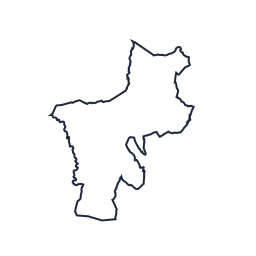 Molcaxac, Puebla, Mexico (Mercator projection), rotated 60°
{"feature_id": "50627088B79768269468288", "entity_name": "Molcaxac", "entity_type": "district", "adm_level": 2, "iso_a3": "MEX", "parent_name": "Mexico", "parent_adm1": "Puebla", "projection": "mercator", "projection_center": [-97.869, 18.674], "detail": "fine", "context": "isolated", "style": "outline", "palette": "slate", "viewbox_px": 256, "rotation_deg": 60, "n_neighbors": 0, "source": "geoboundaries", "source_scale": "gbopen_adm2", "svg_char_len": 5796}
<svg xmlns="http://www.w3.org/2000/svg" viewBox="0 0 256 256"><g transform="rotate(60 128 128)"><path d="M200.8,184.4L199.1,183.8L198.9,183.4L197.0,181.6L196.4,180.9L193.7,179.6L192.9,178.4L182.4,177.4L182.5,176.4L182.3,175.7L180.6,172.7L180.3,172.7L179.8,172.5L179.3,172.0L178.9,172.0L178.2,171.4L177.9,171.3L177.5,171.5L176.4,171.2L176.0,170.9L175.5,170.3L175.4,169.6L175.0,169.4L174.4,168.5L174.3,168.1L173.8,168.0L173.6,167.4L173.0,167.1L172.4,166.2L171.3,165.1L171.3,164.7L170.9,164.5L170.1,163.2L169.5,161.7L168.6,160.8L168.1,160.7L168.1,160.1L167.9,159.9L167.5,159.7L167.0,159.1L167.1,158.8L166.8,158.2L167.7,158.6L168.1,158.4L168.2,158.5L168.7,158.4L169.3,158.7L170.4,158.5L171.6,158.2L173.8,157.0L176.1,156.5L177.5,156.0L178.5,155.1L178.6,154.1L178.7,153.9L179.6,153.6L179.7,153.4L182.9,152.4L184.7,151.6L185.6,150.1L185.8,149.5L184.8,145.0L184.5,143.9L184.3,143.6L184.2,142.3L181.7,140.8L180.7,140.0L178.5,138.6L178.5,138.4L177.9,138.0L177.4,138.0L176.9,137.5L175.3,136.8L173.9,135.3L173.3,135.3L173.1,136.5L172.7,136.6L170.0,134.1L169.6,134.3L169.4,134.9L169.4,135.4L168.7,137.2L167.8,137.3L167.7,137.0L166.5,136.6L165.1,136.5L162.7,136.3L160.0,136.5L159.4,138.2L156.5,136.6L154.7,136.5L152.2,137.0L149.7,138.2L148.8,138.3L148.0,138.0L147.9,138.3L144.3,138.4L141.3,137.9L137.1,132.1L137.2,130.2L137.5,130.2L139.3,127.5L141.1,128.0L143.3,128.5L146.2,128.7L149.7,128.6L150.0,128.8L151.3,128.8L151.8,128.4L152.9,128.3L154.0,128.5L155.8,128.3L155.8,127.7L156.4,127.8L158.3,127.4L159.0,127.2L159.6,126.7L159.6,126.0L158.3,125.2L155.8,125.0L153.9,124.5L152.8,124.4L152.5,123.9L149.4,121.9L149.1,121.5L148.5,121.2L148.0,120.6L147.5,120.5L145.8,119.5L145.5,120.1L142.9,118.8L143.5,117.0L143.4,116.8L143.4,116.5L144.0,115.3L144.0,114.4L144.2,113.4L144.8,112.3L144.8,107.8L145.1,107.3L145.6,105.3L150.5,105.1L151.6,104.8L151.5,103.4L151.4,103.4L151.7,101.5L151.2,99.8L151.3,99.7L151.4,97.9L151.3,94.8L152.7,94.3L154.7,92.2L154.9,91.8L154.7,91.7L155.1,90.2L155.3,90.2L157.0,87.6L157.1,86.4L157.4,85.7L157.9,85.3L158.1,84.9L157.6,83.5L157.2,81.9L155.9,79.4L154.6,75.0L153.2,73.4L152.9,74.0L152.2,73.4L152.5,72.7L151.9,72.0L152.3,71.3L151.5,70.8L151.9,69.9L150.0,69.3L149.8,69.6L149.1,68.9L149.0,69.1L147.4,68.0L147.9,67.3L144.3,63.4L143.6,61.9L142.5,60.6L141.7,61.1L141.0,62.0L140.6,62.1L140.2,62.4L139.9,63.0L140.0,63.5L139.8,63.6L139.6,64.3L139.2,64.6L139.2,65.2L138.3,65.4L137.4,66.4L137.1,66.5L136.8,66.9L136.4,67.0L136.1,66.9L134.9,67.0L134.2,66.9L133.3,67.4L132.8,67.5L132.4,67.9L132.0,68.0L131.6,68.2L131.6,68.5L131.3,68.5L131.1,68.5L129.6,68.3L128.9,68.5L127.1,69.7L126.9,69.4L126.5,69.5L125.5,70.5L121.5,66.4L120.1,65.7L119.7,65.7L119.0,65.8L117.9,65.9L114.5,64.5L112.2,64.0L112.0,64.7L106.9,60.9L104.3,58.6L106.7,57.8L107.0,57.5L107.2,57.1L104.1,48.5L104.5,43.1L102.9,42.6L100.9,42.2L97.8,40.4L97.4,40.0L96.5,40.2L96.0,41.3L93.1,43.1L92.5,43.1L91.6,43.3L90.5,42.9L90.2,43.2L89.6,43.4L89.3,43.4L89.2,43.7L88.6,43.9L87.4,44.0L86.5,43.8L86.2,42.6L84.3,42.4L83.4,43.3L83.1,43.8L82.9,45.0L83.2,46.6L83.6,47.1L84.3,47.7L85.0,49.0L85.2,50.0L85.1,53.5L84.4,54.9L84.2,58.3L84.0,58.7L83.7,59.6L83.0,60.6L82.2,61.1L81.9,61.7L81.7,61.8L81.6,62.4L81.2,62.9L80.5,64.3L79.3,65.2L79.2,66.1L78.4,68.5L77.9,69.0L77.9,69.4L77.7,69.7L77.0,69.7L57.0,79.3L55.2,80.7L56.2,80.6L57.0,80.8L59.1,81.4L59.5,81.9L60.3,82.3L61.0,83.2L61.7,83.8L61.7,84.1L61.1,84.5L62.6,85.9L62.6,86.7L63.3,87.4L64.6,87.7L66.2,88.7L66.7,90.0L68.4,92.0L69.4,92.2L70.3,92.1L71.0,92.2L71.6,92.7L72.1,92.9L72.3,93.3L72.8,93.3L73.2,93.7L73.8,94.5L74.5,94.7L74.8,95.0L75.1,95.8L76.1,96.8L76.3,97.3L76.5,97.2L77.2,97.7L78.2,98.0L78.7,98.9L79.1,99.1L80.5,98.9L80.9,99.1L81.5,102.1L81.9,102.4L83.4,103.0L84.3,102.5L84.5,102.7L84.7,103.4L85.0,103.7L85.3,102.9L85.8,102.8L86.3,103.0L87.1,103.6L87.6,104.3L89.8,104.6L90.5,105.3L90.3,105.8L91.2,106.7L92.4,108.7L92.9,109.3L93.2,109.2L94.4,111.1L94.6,111.9L95.3,130.5L95.2,131.2L94.0,133.2L93.2,136.5L92.6,136.8L91.4,137.1L91.0,137.5L90.5,140.2L89.9,141.3L90.0,143.5L88.3,147.1L87.8,147.0L87.3,148.0L86.8,149.3L86.5,151.3L85.5,152.1L85.8,152.1L85.0,152.8L80.1,155.8L79.6,156.4L78.6,160.7L78.7,160.9L78.4,163.6L77.6,163.9L74.7,174.6L72.9,178.2L72.9,179.1L73.1,179.6L77.7,185.9L78.1,187.2L78.2,188.2L78.7,187.2L79.4,187.1L80.3,187.5L81.3,187.4L81.7,187.1L82.7,185.6L83.7,185.0L84.3,185.0L85.2,185.6L85.5,185.5L85.9,185.3L85.8,184.8L86.1,184.0L86.6,183.6L87.4,183.7L88.3,184.2L88.8,184.0L89.2,183.6L89.4,183.2L89.6,181.4L90.4,180.7L90.8,180.5L91.1,180.5L93.3,181.6L94.4,181.4L95.6,181.7L96.0,182.0L97.2,183.9L97.9,184.3L99.2,184.2L100.4,183.2L101.2,183.1L104.8,184.5L105.8,185.8L106.5,185.9L106.7,185.7L106.7,185.3L106.1,184.0L106.2,183.7L106.6,183.7L108.0,184.5L108.9,185.3L109.8,185.6L111.5,186.3L113.2,186.7L114.7,187.5L115.2,187.4L115.5,186.0L116.1,185.3L116.7,185.2L117.6,185.3L118.4,185.6L118.5,186.4L118.7,186.7L119.3,187.0L120.9,187.4L121.9,187.9L122.5,187.9L123.3,187.4L123.6,187.4L126.6,188.9L127.1,188.9L128.1,188.2L128.7,188.2L129.6,188.4L130.1,189.2L130.3,190.1L130.4,190.3L130.8,190.3L133.6,189.3L133.9,189.7L133.7,190.5L133.8,190.8L134.9,192.3L135.6,192.3L137.0,191.3L137.5,191.4L137.8,191.8L138.4,193.1L138.5,193.7L138.5,194.3L138.0,195.3L137.9,196.0L137.9,196.3L138.2,196.7L139.4,197.2L142.1,198.0L142.8,198.8L142.9,199.4L143.4,199.7L145.6,198.6L146.2,198.6L146.7,198.7L147.0,198.9L147.1,199.3L147.1,199.7L146.5,200.8L146.2,201.7L146.6,202.6L147.1,202.9L149.2,203.0L149.5,202.5L150.0,202.5L150.8,202.2L151.7,201.3L152.0,200.8L152.0,200.3L151.7,199.4L151.9,198.7L153.3,196.1L154.6,195.0L156.0,196.4L156.0,197.2L158.1,199.2L160.0,199.9L161.9,202.0L165.3,204.3L165.8,205.5L166.3,208.4L166.8,209.0L171.6,213.7L172.6,214.3L173.7,215.5L174.3,215.7L174.9,215.5L175.4,215.6L177.5,216.0L178.2,215.9L184.6,206.6L195.0,196.8L200.8,184.4Z" fill="none" stroke="#1e293b" stroke-width="2"/></g></svg>